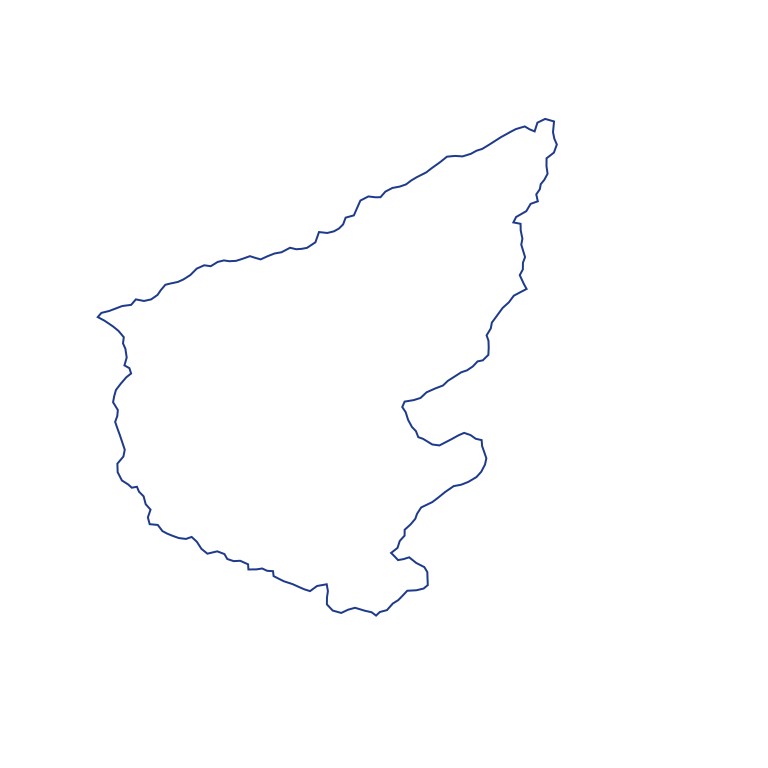 Araucária, Paraná, Brazil, rotated 241°
{"feature_id": "56859067B5801785270412", "entity_name": "Araucária", "entity_type": "district", "adm_level": 2, "iso_a3": "BRA", "parent_name": "Brazil", "parent_adm1": "Paraná", "projection": "albers", "projection_center": [-49.447, -25.635], "detail": "fine", "context": "isolated", "style": "outline", "palette": "blue", "viewbox_px": 768, "rotation_deg": 241, "n_neighbors": 0, "source": "geoboundaries", "source_scale": "gbopen_adm2", "svg_char_len": 3190}
<svg xmlns="http://www.w3.org/2000/svg" viewBox="0 0 768 768"><g transform="rotate(241 384 384)"><path d="M526.1,166.0L521.3,169.0L515.8,167.9L514.8,161.8L511.8,153.7L508.7,146.6L503.9,141.9L499.4,138.2L490.3,138.6L485.3,135.2L481.2,130.5L474.4,129.3L467.4,128.2L458.7,126.6L452.2,125.4L446.9,120.9L443.6,112.2L436.0,108.3L426.7,108.0L420.1,111.6L415.6,113.1L413.9,118.1L408.6,117.5L402.3,119.3L394.4,117.3L387.3,118.9L381.8,112.8L375.0,111.1L370.4,117.8L362.8,118.9L358.3,121.8L353.8,125.4L348.7,129.9L344.5,135.7L343.5,141.6L336.9,143.8L328.3,144.4L321.2,147.3L318.5,157.0L312.6,162.0L306.9,162.1L302.0,166.6L299.1,172.5L292.2,177.7L287.5,175.5L283.6,182.8L281.7,188.0L277.3,191.2L274.1,196.2L269.5,194.3L265.5,197.0L260.1,200.7L253.2,207.1L246.9,211.8L242.9,214.9L238.7,218.9L239.8,227.5L236.6,236.8L230.0,234.5L224.9,230.6L218.9,227.2L210.7,229.3L204.5,235.6L204.0,243.2L202.3,250.2L194.9,257.4L190.4,262.5L185.3,264.8L186.6,269.8L184.8,277.0L187.7,285.2L188.1,291.8L189.7,297.2L191.9,304.1L187.9,312.3L185.9,319.5L186.9,324.8L194.0,328.4L198.5,330.7L204.3,330.5L211.9,325.4L220.2,322.0L221.4,316.1L223.2,310.9L227.7,309.8L232.8,308.3L234.1,316.4L239.1,321.7L241.4,328.5L246.5,331.4L248.3,339.1L250.9,346.0L254.4,349.9L258.0,356.6L257.6,363.7L257.3,368.9L258.3,376.0L259.9,385.1L260.9,395.5L258.5,402.6L257.5,410.3L257.8,419.8L260.1,426.5L264.6,433.3L269.4,437.5L275.0,438.5L282.1,439.7L287.6,442.2L291.6,437.7L297.4,434.9L302.4,430.4L303.0,424.3L303.0,416.5L303.4,402.7L307.7,396.9L317.2,391.5L320.9,388.2L327.2,389.1L332.9,387.6L341.0,387.7L348.8,389.3L355.0,388.8L358.6,393.5L355.5,402.2L354.1,409.2L356.1,417.2L355.3,426.3L354.1,434.9L355.8,441.3L356.3,449.5L356.8,457.2L355.7,463.2L356.3,470.2L358.4,476.8L356.8,481.9L358.9,489.4L365.2,493.3L371.3,496.4L376.8,497.3L380.8,504.3L385.4,508.1L388.6,515.1L393.0,524.6L394.9,532.8L398.3,540.3L398.2,547.1L398.0,554.8L403.6,554.8L413.4,555.5L416.9,561.0L422.7,564.3L426.6,568.9L439.3,571.6L444.0,575.5L452.0,578.0L457.9,581.1L462.6,575.5L466.0,580.5L466.2,592.3L470.5,599.6L469.2,607.1L476.0,609.1L478.8,614.7L482.8,618.0L484.8,623.1L488.6,629.0L495.7,631.7L502.6,635.6L504.0,644.8L509.7,651.3L516.0,651.9L522.3,653.9L531.2,660.0L537.7,653.5L538.2,644.9L531.9,638.2L536.2,634.8L541.0,632.0L543.0,623.0L543.2,616.7L543.2,606.0L542.7,597.9L542.3,591.6L542.0,583.9L543.2,578.0L543.2,571.6L545.0,563.0L549.0,556.8L552.3,549.3L550.8,540.4L549.6,530.0L548.6,523.6L549.0,512.9L548.8,506.5L547.9,500.0L549.0,493.6L551.4,486.4L551.6,478.5L549.1,471.5L551.4,467.1L555.6,461.3L555.9,452.3L550.6,445.3L546.1,439.4L548.1,431.1L543.4,425.6L541.8,419.9L541.8,414.2L543.6,407.6L548.4,400.8L541.2,392.7L540.4,382.7L542.1,377.6L544.4,372.6L548.7,367.9L548.9,358.3L551.2,351.6L552.2,344.1L552.8,336.5L557.0,332.3L560.8,328.7L562.1,320.9L563.4,314.4L566.4,308.2L569.7,303.9L571.4,297.7L571.0,289.6L575.0,284.3L575.7,276.1L573.2,267.5L572.7,259.1L573.2,253.2L575.4,246.0L576.8,240.9L574.3,234.3L571.7,229.1L570.9,221.3L573.0,214.3L578.3,208.0L575.8,201.2L579.1,192.9L581.1,179.1L583.2,171.3L581.3,166.1L574.6,170.4L565.5,175.0L559.2,177.5L551.1,179.1L546.0,175.4L540.2,174.9L531.9,171.8L526.1,166.0Z" fill="none" stroke="#1e3a8a" stroke-width="2"/></g></svg>